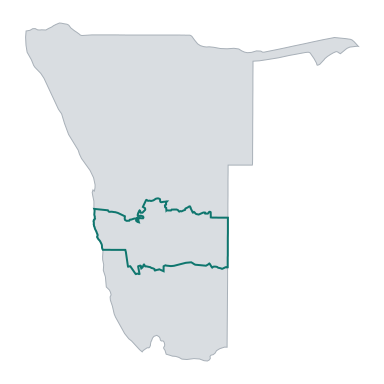 Hardap highlighted on a map of Namibia
{"feature_id": "NAM-3339", "entity_name": "Hardap", "entity_type": "Region", "adm_level": 1, "iso_a3": "NAM", "parent_name": "Namibia", "parent_adm1": "", "projection": "robinson", "projection_center": [17.113, -24.521], "detail": "fine", "context": "in_parent", "style": "outline", "palette": "teal", "viewbox_px": 384, "rotation_deg": 0, "n_neighbors": 0, "source": "natural_earth", "source_scale": "10m", "svg_char_len": 7205}
<svg xmlns="http://www.w3.org/2000/svg" viewBox="0 0 384 384"><path d="M312.3,42.0L317.5,40.9L322.6,39.8L328.4,38.7L333.1,37.8L334.3,37.5L345.5,38.6L350.4,39.3L352.1,40.0L354.3,41.9L358.4,46.4L357.3,46.2L349.8,47.1L346.9,48.4L340.4,53.7L339.1,53.0L337.5,51.9L336.2,51.6L333.4,52.8L330.6,54.4L327.4,56.5L324.8,58.7L324.0,59.8L319.9,64.2L318.6,64.9L317.4,65.2L317.0,65.0L316.5,63.1L314.1,58.7L310.2,53.0L309.0,52.4L308.2,52.2L305.3,52.5L296.7,54.1L289.5,55.4L278.5,57.8L266.7,59.7L259.4,60.8L253.0,61.2L253.0,66.9L252.9,78.4L252.9,89.9L252.8,101.4L252.8,112.9L252.7,124.5L252.7,136.0L252.6,147.5L252.6,159.0L252.5,164.0L252.3,165.1L248.7,165.1L240.5,165.1L233.6,165.1L228.1,165.1L228.1,171.9L228.0,180.0L228.0,188.1L228.0,196.2L227.9,204.3L227.9,212.4L227.9,220.5L227.8,228.6L227.8,236.7L227.8,242.8L227.8,243.5L227.7,255.3L227.6,267.9L227.6,280.4L227.5,293.0L227.4,305.6L227.3,318.1L227.2,330.7L227.1,343.2L227.1,347.2L224.6,347.1L219.7,348.7L216.5,350.7L215.1,353.1L213.3,354.6L211.0,355.2L210.0,356.4L210.3,358.4L209.4,359.9L207.4,361.0L204.1,360.7L199.6,359.0L193.9,358.6L186.9,359.5L181.9,359.1L178.9,357.4L175.7,356.4L172.3,356.1L170.3,355.4L166.2,354.2L165.5,352.0L165.0,350.3L163.8,348.6L163.7,347.2L164.6,346.1L164.7,344.4L164.1,342.1L163.0,340.9L161.4,341.0L160.4,340.1L160.0,338.2L159.1,336.8L156.8,335.3L153.9,336.4L152.5,338.1L151.6,340.6L150.9,341.9L150.5,344.1L150.4,345.6L149.6,347.2L148.8,347.9L148.0,347.6L146.5,348.2L143.1,350.6L142.2,351.9L139.5,349.6L131.6,341.0L128.8,338.8L124.6,333.5L115.5,317.1L114.2,314.0L112.4,306.1L110.4,300.2L110.1,296.9L111.1,294.9L110.5,292.3L109.4,290.0L106.3,287.0L105.4,276.8L103.3,270.3L103.7,264.8L102.7,259.9L102.6,256.7L103.0,250.7L101.3,243.8L97.8,237.0L94.7,227.2L94.3,223.0L94.5,211.5L93.9,206.8L93.9,201.3L92.7,195.5L92.2,192.4L93.0,189.9L93.5,190.7L94.4,191.1L95.0,187.8L95.1,184.9L93.6,177.8L90.1,170.5L81.5,158.5L79.4,154.0L78.2,150.2L68.6,134.5L64.5,123.4L61.6,113.8L58.5,109.4L44.0,78.3L40.8,73.4L35.0,67.4L33.7,65.5L31.4,59.8L27.1,52.2L26.0,45.2L25.6,37.1L26.1,31.0L30.0,30.3L32.7,28.7L35.2,28.6L37.7,29.9L40.2,30.0L41.2,29.8L45.9,30.0L48.5,28.5L51.7,27.0L53.5,25.7L56.1,24.4L59.5,23.0L61.4,23.2L63.8,23.7L66.9,24.2L68.7,25.1L70.8,27.9L74.1,30.5L76.5,32.1L79.3,34.1L80.1,34.9L81.3,35.4L82.1,35.5L87.2,35.2L91.8,34.9L96.8,34.9L106.2,34.9L115.6,34.9L125.1,35.0L134.5,35.0L143.9,35.0L153.3,35.0L162.7,35.0L172.1,35.0L176.0,35.0L182.7,35.1L189.7,35.2L190.5,35.4L191.3,35.9L192.0,36.5L194.5,40.0L197.6,43.8L200.3,45.6L203.5,46.6L206.4,47.0L209.2,46.8L213.8,47.3L220.3,48.5L227.0,48.8L233.9,48.3L238.8,49.0L241.6,50.8L244.5,52.1L247.4,52.7L251.4,52.4L256.5,50.9L260.8,51.1L262.7,52.2L263.9,52.2L271.3,50.7L277.3,49.5L286.3,47.6L293.6,46.0L304.6,43.7L312.3,42.0Z" fill="#d9dde1" stroke="#a8b0b8" stroke-width="1"/><path d="M227.8,242.8L227.8,243.1L227.8,244.7L227.8,246.3L227.8,247.9L227.8,249.5L227.8,251.1L227.8,252.6L227.8,254.2L227.8,255.8L227.7,257.4L227.7,259.0L227.7,260.6L227.7,262.1L227.7,263.7L227.7,265.3L227.7,266.9L227.7,267.2L227.7,267.3L226.6,267.4L226.2,267.1L225.7,267.2L225.4,267.3L222.7,268.6L222.2,268.8L221.9,268.8L220.8,268.3L218.5,267.8L218.1,267.7L217.8,267.5L217.2,267.0L216.6,266.8L215.2,266.6L214.1,266.6L213.4,266.7L213.2,266.8L212.5,267.4L212.2,267.6L211.8,267.2L209.7,263.8L209.5,263.7L209.3,263.5L209.1,263.6L208.9,263.8L208.4,264.3L206.2,265.6L205.8,265.7L195.2,264.7L193.4,263.7L192.8,263.2L191.2,262.3L185.8,262.8L174.0,265.8L170.9,266.1L166.2,265.6L165.9,265.4L165.6,265.3L165.3,265.4L164.9,265.6L164.2,265.9L163.6,266.3L163.6,271.2L159.5,269.4L159.2,269.3L157.9,269.8L157.2,269.8L155.4,270.4L154.9,270.5L154.7,270.3L154.7,270.0L154.6,269.6L154.6,269.3L154.3,269.0L153.6,268.6L152.5,268.2L151.5,268.0L150.9,267.6L150.5,267.4L150.3,267.2L146.0,266.3L145.6,266.4L145.3,266.4L145.1,266.3L144.9,266.0L144.3,264.8L144.1,264.5L143.9,264.5L143.6,264.9L142.7,267.1L142.3,267.6L141.3,268.4L140.9,267.1L140.9,266.8L141.0,266.6L141.2,266.4L141.0,266.1L140.7,265.9L140.5,265.7L140.2,265.6L139.9,265.7L138.7,266.1L138.4,266.2L138.2,266.3L138.2,266.6L138.2,266.9L139.5,273.9L139.3,274.0L139.0,274.1L137.9,273.7L137.3,273.7L136.8,273.7L136.5,273.9L136.2,274.0L135.9,274.1L135.5,273.8L130.6,266.7L130.4,266.4L130.1,266.2L129.8,266.3L129.5,266.3L128.6,266.6L128.3,266.7L128.1,266.7L128.0,266.4L127.9,266.1L125.9,252.2L125.3,249.9L102.9,249.8L102.3,248.7L102.0,247.6L101.9,245.3L101.6,244.2L100.2,241.4L99.6,240.5L98.4,239.3L98.0,238.5L97.2,237.4L97.1,236.7L97.2,236.4L97.5,236.0L97.6,235.8L97.6,234.7L97.4,234.1L96.9,233.1L96.4,231.6L95.0,228.9L94.5,227.0L94.0,226.0L93.9,224.7L93.7,224.3L93.8,223.8L93.8,222.8L93.7,221.8L93.5,221.2L93.7,220.8L93.8,220.1L94.0,219.7L94.4,219.6L94.6,219.5L94.7,219.2L95.0,218.5L94.8,218.2L94.8,216.6L94.4,215.2L94.3,214.7L94.6,210.7L94.5,209.7L94.2,208.9L107.9,210.3L108.5,211.3L108.7,211.5L108.8,211.6L109.1,211.7L109.4,211.8L109.9,211.8L111.7,211.7L114.2,212.1L114.7,212.1L115.0,212.1L117.8,212.9L124.9,216.3L124.7,218.5L124.8,219.2L125.1,220.0L126.5,220.8L127.2,220.8L129.0,220.7L129.3,220.7L129.5,220.3L129.6,220.0L129.8,219.8L130.1,219.6L131.2,219.6L134.4,218.5L134.5,218.5L135.3,218.6L135.6,218.6L135.8,218.5L137.3,217.6L137.5,217.5L137.4,217.7L137.2,218.3L137.1,218.6L137.0,219.0L137.1,219.5L137.0,219.8L136.8,219.9L136.4,219.9L136.2,220.0L136.1,220.4L136.2,220.8L137.5,221.9L138.9,222.3L138.7,221.6L138.2,219.8L138.5,219.1L139.4,218.1L139.6,217.9L139.8,217.9L140.6,218.2L142.8,218.3L143.0,218.3L143.1,218.2L143.4,217.7L143.4,217.3L143.2,216.7L143.0,216.4L142.7,216.3L140.9,215.7L140.6,215.7L140.2,216.0L137.9,215.5L137.7,215.3L137.7,215.1L137.7,214.9L138.1,213.3L139.3,210.7L139.6,210.4L139.9,210.6L140.1,210.9L140.2,211.1L140.3,212.5L140.5,212.7L142.1,212.7L142.4,212.7L142.6,212.5L145.1,209.9L145.2,209.6L145.2,209.3L145.1,208.5L145.0,208.2L144.8,208.1L143.2,207.1L142.9,206.9L143.0,206.7L143.1,206.4L145.9,200.5L146.2,200.0L146.5,199.9L147.1,200.2L147.5,200.6L148.0,200.8L148.5,200.8L149.1,200.7L150.0,200.7L151.0,201.0L153.0,200.5L154.2,199.9L155.7,198.8L157.3,198.4L158.3,198.4L159.4,198.8L159.8,199.0L160.0,199.4L160.1,200.2L160.2,201.4L160.6,202.0L161.4,202.2L163.6,201.8L165.2,201.7L166.6,201.4L167.0,201.4L166.2,202.3L166.0,202.6L166.0,202.8L166.0,203.0L166.1,204.5L165.9,204.8L165.1,205.1L165.0,205.3L164.9,205.6L165.2,207.3L165.4,207.4L165.5,207.5L165.9,207.6L166.1,207.7L166.1,207.8L166.2,208.0L166.4,210.5L166.5,210.4L170.6,210.5L170.9,210.5L171.1,210.4L171.2,210.1L171.4,209.9L171.7,209.6L176.4,209.5L177.6,209.9L177.8,210.0L178.0,210.2L178.9,211.4L179.1,211.5L179.3,211.6L180.3,211.1L180.5,211.1L181.1,211.3L181.5,211.3L181.9,211.2L183.8,210.3L184.9,210.0L185.1,209.8L185.2,209.5L185.3,208.9L185.3,208.7L185.5,208.5L187.6,207.5L189.3,206.4L189.9,206.4L190.6,207.5L190.5,207.9L192.8,212.6L193.1,212.6L193.5,212.2L193.9,211.9L194.2,212.1L194.5,212.3L195.7,213.7L196.1,213.9L196.5,214.1L198.5,214.5L198.8,214.5L203.4,212.5L203.6,212.5L204.9,212.5L205.1,212.6L205.1,212.8L205.0,213.0L204.9,213.3L205.0,213.5L205.5,213.6L207.8,213.6L208.0,213.5L209.1,212.0L209.4,211.8L209.8,211.8L210.3,211.9L210.6,212.1L210.7,212.4L210.8,217.4L212.4,217.6L227.9,217.7L227.9,218.5L227.9,223.4L227.9,228.2L227.9,233.1L227.8,237.9L227.8,242.8Z" fill="none" stroke="#0f766e" stroke-width="2"/></svg>